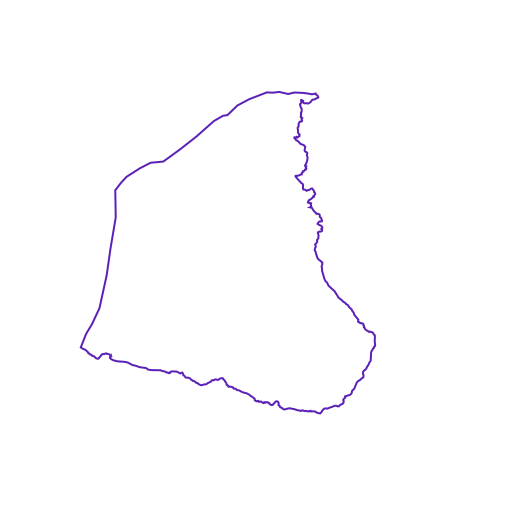 the district of North Ambrym, Malampa, Vanuatu, rotated 121°
{"feature_id": "77236927B87914906430322", "entity_name": "North Ambrym", "entity_type": "district", "adm_level": 2, "iso_a3": "VUT", "parent_name": "Vanuatu", "parent_adm1": "Malampa", "projection": "orthographic", "projection_center": [168.138, -16.178], "detail": "fine", "context": "isolated", "style": "outline", "palette": "violet", "viewbox_px": 512, "rotation_deg": 121, "n_neighbors": 0, "source": "geoboundaries", "source_scale": "gbopen_adm2", "svg_char_len": 6143}
<svg xmlns="http://www.w3.org/2000/svg" viewBox="0 0 512 512"><g transform="rotate(121 256 256)"><path d="M424.6,359.1L424.7,356.5L424.3,353.8L425.0,350.5L425.6,349.8L425.7,349.3L425.4,348.6L425.9,347.5L425.5,346.7L425.5,345.9L425.9,345.3L425.9,344.6L425.4,343.0L426.0,340.7L425.8,339.3L425.4,338.4L424.7,338.0L423.6,338.1L422.0,337.6L420.7,337.7L419.0,337.0L418.3,335.6L416.7,334.5L416.5,334.0L416.7,333.6L415.9,331.1L416.0,329.8L416.6,328.4L417.0,328.6L416.7,328.8L417.2,328.8L417.8,329.2L418.5,328.8L419.0,327.3L418.9,324.9L417.8,320.9L414.5,314.3L413.6,312.0L413.3,310.2L413.1,305.8L412.1,302.7L411.1,298.2L408.9,293.1L408.7,291.5L409.0,290.4L408.7,289.4L407.5,286.5L403.1,279.1L402.9,277.3L401.9,274.5L402.0,272.8L401.4,272.0L401.4,270.5L401.3,270.3L400.4,270.0L400.3,269.5L399.3,269.6L398.2,268.6L395.9,264.5L395.7,260.4L394.4,259.8L393.9,259.3L394.4,258.0L395.7,256.8L395.5,256.2L395.6,255.5L396.4,253.8L396.1,252.7L395.5,252.1L395.0,250.5L395.0,249.5L395.4,247.8L395.4,246.1L395.6,245.9L395.1,244.5L395.1,243.4L395.5,241.8L395.0,240.4L395.4,239.4L395.2,237.2L394.9,236.2L393.0,234.5L391.7,232.7L389.5,231.7L387.1,230.0L385.5,229.9L384.9,229.5L384.6,228.4L384.2,228.1L383.0,227.7L382.5,227.0L381.9,225.0L381.4,224.4L380.0,224.0L378.6,222.8L377.9,221.4L378.6,220.2L378.8,218.7L379.6,217.6L380.2,216.0L381.6,214.8L381.4,213.7L381.6,212.9L382.1,212.7L382.2,212.0L381.3,211.0L380.4,208.2L381.2,206.9L380.7,206.1L380.3,204.8L380.7,203.3L379.9,201.3L379.8,198.5L379.5,196.5L378.5,193.2L378.4,191.5L378.3,190.1L378.8,188.5L378.6,187.8L379.0,183.7L380.2,182.8L380.4,181.3L380.2,180.5L379.1,179.8L379.1,179.1L379.5,178.6L379.3,178.0L378.8,177.8L378.2,176.8L378.2,175.8L378.4,175.3L378.1,173.6L377.7,173.5L377.2,173.7L376.8,173.3L376.8,172.3L376.0,172.0L375.3,170.5L375.5,169.9L375.3,169.5L375.4,168.6L375.8,168.4L375.9,166.0L374.5,164.7L373.6,164.9L373.0,164.6L370.8,164.2L369.9,163.5L369.6,162.6L369.9,161.5L370.4,160.8L372.2,160.0L372.3,158.5L373.1,157.5L372.9,155.1L373.3,153.5L372.8,152.4L371.8,151.6L369.0,148.6L368.9,147.8L367.6,144.4L366.6,140.3L365.8,138.6L365.8,137.7L364.6,137.0L364.2,136.4L364.1,134.8L363.2,133.8L362.8,132.1L362.3,131.6L361.9,131.0L361.9,130.5L360.9,129.8L360.5,129.3L360.9,128.6L359.8,127.2L358.8,125.2L359.0,123.3L358.5,122.0L358.4,120.9L357.7,119.8L356.7,119.6L353.6,119.5L351.9,118.9L351.1,118.4L350.0,116.2L349.2,115.5L347.9,114.7L346.7,113.5L343.8,111.4L343.1,110.1L342.8,108.5L342.3,107.6L341.2,107.5L340.1,107.0L338.6,105.9L337.1,105.4L335.2,106.0L335.0,106.6L334.6,107.0L333.7,107.2L332.9,107.1L332.1,106.6L331.3,106.6L330.5,107.4L326.7,104.0L325.6,103.5L323.8,103.5L322.1,104.2L319.2,103.4L313.1,104.4L310.9,104.2L308.5,102.9L306.1,102.2L304.7,101.5L302.7,102.5L302.0,103.5L300.2,104.5L299.0,104.5L296.6,103.6L295.1,103.5L294.3,103.7L290.7,103.6L288.7,104.0L287.4,103.7L286.6,103.8L279.7,107.5L278.0,108.0L276.6,107.8L275.6,107.9L275.3,108.1L273.9,107.6L273.0,108.0L272.1,107.6L271.3,107.8L269.3,109.2L268.7,109.9L263.8,112.6L262.8,113.3L262.6,114.5L261.5,116.4L262.0,118.9L262.3,119.7L262.8,119.9L262.7,123.9L262.4,124.9L261.6,125.9L261.6,126.8L260.6,127.1L260.2,127.5L260.1,128.2L259.0,129.0L259.1,131.0L259.9,131.9L259.6,133.4L259.9,134.3L259.4,134.9L257.9,135.4L255.9,141.2L254.4,142.9L253.2,145.8L252.6,146.3L251.9,149.7L250.8,151.9L250.8,153.9L250.3,155.0L250.2,158.0L249.7,159.5L249.2,163.7L245.8,170.3L244.3,177.6L243.9,178.9L242.3,181.2L241.8,183.3L240.8,185.1L234.5,191.9L232.3,193.2L231.4,194.3L229.8,194.6L227.6,195.6L227.6,196.3L227.2,196.7L226.7,200.7L226.0,202.5L224.3,204.2L223.4,205.5L221.8,206.9L221.1,208.3L220.4,208.9L218.6,209.5L217.5,209.4L216.7,209.9L215.7,211.3L213.3,210.8L212.2,210.9L210.9,211.9L208.7,211.7L207.3,212.5L206.5,212.7L205.3,213.7L204.7,214.7L203.8,215.1L202.4,214.2L202.0,213.4L201.0,212.5L200.4,212.4L199.7,212.6L199.4,213.1L199.3,213.9L198.9,214.0L198.3,213.6L197.5,213.7L196.5,215.4L196.9,218.7L196.7,219.8L195.1,219.8L194.1,219.5L193.3,218.9L193.1,218.2L192.5,217.5L192.0,217.4L191.7,217.6L189.8,219.9L189.8,220.8L189.4,221.6L187.9,222.6L187.7,223.5L187.8,224.5L188.6,225.6L188.7,226.3L188.3,226.5L187.6,229.7L185.9,233.0L186.6,235.0L185.5,234.4L184.8,234.4L183.9,235.3L182.4,235.9L182.5,236.4L183.0,236.6L182.9,237.7L183.4,238.3L183.3,239.2L181.8,239.4L181.0,239.4L178.9,238.2L176.5,237.5L175.5,236.9L175.2,237.6L174.0,237.2L172.5,237.1L171.7,237.9L171.4,239.0L170.6,239.4L169.2,242.5L169.9,243.5L171.9,244.4L172.5,244.9L172.8,245.5L174.0,246.1L174.1,246.6L173.8,247.8L174.6,249.6L174.2,250.3L170.7,252.4L170.2,253.1L170.0,255.4L169.6,256.1L169.3,257.6L167.7,262.6L167.2,263.3L166.6,263.0L166.4,262.4L164.8,260.7L163.7,259.8L162.5,259.4L162.3,258.9L161.5,259.4L160.9,259.4L160.3,259.0L159.3,259.5L158.8,258.7L158.5,258.6L156.9,258.6L156.2,257.7L155.1,257.9L154.8,258.7L153.1,259.1L153.1,259.4L153.8,259.7L153.5,260.3L152.7,260.7L150.7,260.6L147.1,261.5L144.9,262.6L143.5,264.3L142.8,264.7L141.7,264.8L141.2,265.3L140.9,266.2L141.2,267.0L140.9,268.3L140.1,268.9L137.0,270.1L136.3,272.3L137.0,275.4L135.9,279.3L136.1,281.2L135.5,282.2L135.2,283.8L134.6,284.2L134.2,284.0L134.1,283.1L133.8,282.6L132.9,282.4L133.1,281.5L131.9,281.2L131.2,280.6L130.7,280.5L130.2,281.1L129.4,281.2L128.9,283.1L128.2,283.8L126.1,285.1L125.5,285.8L124.7,286.3L122.6,286.3L121.5,287.2L120.1,287.6L118.4,287.7L117.4,286.4L116.8,286.1L116.3,286.5L115.9,286.4L115.2,287.5L114.7,287.8L113.9,287.5L113.7,289.4L113.2,289.6L112.6,289.5L111.4,290.5L110.8,290.5L109.9,291.4L109.1,291.2L106.9,292.2L106.2,292.7L105.8,293.8L103.7,296.2L103.2,296.5L102.5,296.1L101.2,296.1L99.2,297.7L98.9,297.6L98.7,295.5L99.9,295.0L100.3,293.6L100.1,292.9L99.0,291.5L98.7,290.2L97.9,289.4L96.5,288.7L95.4,288.4L93.4,288.3L92.5,287.6L91.5,286.3L90.0,285.7L88.6,284.4L87.9,284.3L87.3,285.1L86.9,285.7L86.6,287.9L86.0,288.5L88.6,291.3L89.8,294.7L92.1,299.9L96.1,307.3L100.6,311.9L103.4,320.6L107.4,325.8L110.2,331.0L125.0,342.5L136.6,349.5L149.9,353.0L152.8,356.5L162.0,361.6L184.0,368.5L203.7,376.0L222.8,384.1L230.4,394.4L240.8,400.8L254.7,407.7L262.8,409.4L272.1,410.5L295.2,396.1L324.7,384.5L349.6,374.0L381.4,363.3L398.8,361.5L410.4,361.5L424.6,359.1Z" fill="none" stroke="#5b21b6" stroke-width="2"/></g></svg>